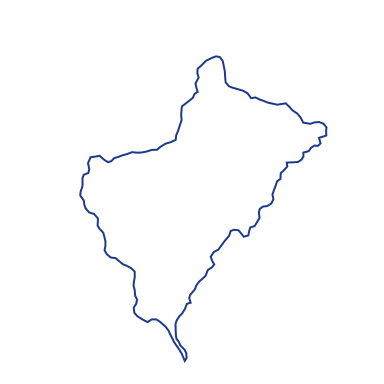 Morro Agudo de Goiás, Goiás, Brazil, rotated 309°
{"feature_id": "56859067B87068855347914", "entity_name": "Morro Agudo de Goiás", "entity_type": "district", "adm_level": 2, "iso_a3": "BRA", "parent_name": "Brazil", "parent_adm1": "Goiás", "projection": "albers", "projection_center": [-50.018, -15.311], "detail": "fine", "context": "isolated", "style": "outline", "palette": "blue", "viewbox_px": 384, "rotation_deg": 309, "n_neighbors": 0, "source": "geoboundaries", "source_scale": "gbopen_adm2", "svg_char_len": 2449}
<svg xmlns="http://www.w3.org/2000/svg" viewBox="0 0 384 384"><g transform="rotate(309 192 192)"><path d="M112.4,119.5L111.4,125.0L113.3,129.8L112.2,135.6L106.4,139.9L105.2,143.4L104.5,148.7L102.1,152.0L99.2,155.8L95.5,158.7L91.7,160.7L90.0,165.0L90.0,170.2L92.6,174.3L92.4,177.7L92.4,184.0L93.6,187.7L94.5,192.8L94.1,197.5L90.1,200.9L85.4,203.5L82.4,205.5L79.6,209.3L75.7,213.0L73.8,217.0L70.0,219.0L65.4,219.5L61.8,223.3L61.1,227.6L61.8,233.8L62.9,239.3L67.7,240.9L70.6,244.6L71.0,249.1L70.6,256.8L69.4,261.3L67.6,264.8L66.0,268.5L64.1,272.6L63.1,275.8L61.5,281.4L59.9,285.7L58.2,288.9L56.2,292.7L59.7,292.2L63.2,288.9L64.8,285.3L65.4,279.6L67.2,276.2L68.2,272.2L70.5,269.7L74.3,266.3L79.1,262.2L82.6,260.9L87.4,260.4L91.2,260.8L96.8,260.1L101.8,258.4L105.1,260.6L107.8,256.6L111.0,255.3L118.1,255.5L122.4,254.1L127.4,254.0L131.7,254.8L135.5,255.3L141.2,253.4L146.2,255.0L149.7,254.8L151.1,251.2L153.4,247.3L159.0,246.7L163.7,248.7L171.1,248.4L174.9,248.2L181.2,248.4L186.0,246.6L189.0,248.3L191.5,252.2L190.7,256.6L189.8,260.3L193.6,263.1L197.9,260.9L201.1,259.6L204.9,262.1L214.4,260.8L218.2,256.8L221.4,255.3L225.3,256.3L228.4,259.3L233.1,260.9L237.7,259.8L240.5,256.2L244.7,254.6L250.0,252.9L253.8,251.4L257.8,252.5L262.5,249.1L266.1,249.7L271.8,250.0L274.5,247.1L279.6,252.9L282.0,255.4L286.1,256.8L289.8,256.2L292.7,253.7L297.2,257.0L301.2,256.7L305.2,257.9L307.0,260.8L310.7,261.3L314.0,256.6L316.7,258.4L320.4,260.8L324.0,257.7L326.8,255.9L327.8,251.2L326.4,246.8L323.3,243.5L319.4,241.0L315.9,234.7L318.3,229.4L319.2,224.2L318.7,218.6L319.5,213.8L319.9,209.1L313.5,203.3L309.2,194.7L307.9,190.3L306.6,186.8L305.4,181.8L302.1,178.9L303.7,173.2L302.8,167.8L300.5,162.4L298.5,157.6L297.4,154.0L298.5,149.0L303.0,144.7L306.5,141.5L308.9,138.6L313.2,133.4L314.4,128.6L312.5,125.3L309.6,123.5L302.8,120.3L296.0,119.6L291.4,118.8L287.8,121.3L285.2,125.1L278.6,126.4L275.5,130.2L273.4,133.4L270.1,132.2L265.6,133.4L259.9,132.1L252.1,130.3L248.2,132.9L245.1,135.0L241.5,138.6L236.6,140.4L230.7,142.7L226.2,144.0L222.2,146.5L217.5,144.2L213.0,141.1L207.5,139.1L202.8,138.2L199.5,134.3L194.8,131.2L191.0,128.0L188.3,125.0L185.2,120.3L180.8,117.8L176.7,114.8L172.9,112.7L169.4,110.2L165.2,109.9L162.3,107.9L161.8,103.6L162.0,97.4L158.7,94.6L155.2,91.3L149.0,93.0L145.2,97.7L141.6,99.5L137.2,97.0L133.6,98.3L131.2,100.4L127.5,103.3L122.0,105.3L118.9,107.4L117.3,113.2L114.2,116.5L112.4,119.5Z" fill="none" stroke="#1e3a8a" stroke-width="2"/></g></svg>